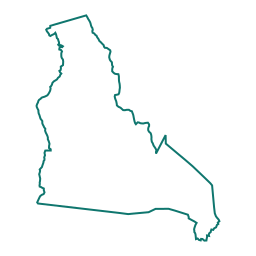 the district of Ibipeba, Bahia, Brazil
{"feature_id": "56859067B8671900633841", "entity_name": "Ibipeba", "entity_type": "district", "adm_level": 2, "iso_a3": "BRA", "parent_name": "Brazil", "parent_adm1": "Bahia", "projection": "orthographic", "projection_center": [-42.197, -11.534], "detail": "fine", "context": "isolated", "style": "outline", "palette": "teal", "viewbox_px": 256, "rotation_deg": 0, "n_neighbors": 0, "source": "geoboundaries", "source_scale": "gbopen_adm2", "svg_char_len": 3560}
<svg xmlns="http://www.w3.org/2000/svg" viewBox="0 0 256 256"><path d="M196.0,239.1L197.6,238.5L198.9,239.9L200.7,240.4L201.1,238.9L202.5,239.0L204.3,240.6L206.4,240.5L206.7,238.7L207.1,236.8L207.0,235.5L209.0,235.9L208.7,234.8L209.2,233.3L210.7,232.1L210.9,230.9L211.4,229.5L213.2,229.9L214.2,228.3L216.1,227.3L216.9,225.0L218.3,224.0L217.8,222.6L219.4,221.2L218.7,219.7L217.9,218.7L216.9,217.6L215.9,216.2L215.3,214.6L214.8,213.3L214.1,207.4L212.1,185.4L210.3,183.2L204.1,177.2L193.0,166.6L192.1,165.8L185.0,159.7L178.4,154.2L165.8,143.6L165.6,135.1L156.0,153.6L156.0,151.9L156.4,150.2L155.5,148.4L154.5,146.9L153.6,145.6L152.8,143.4L151.8,141.7L151.4,139.2L151.5,137.2L151.3,135.4L151.0,134.1L150.5,133.0L148.9,131.6L148.2,130.1L148.2,128.6L148.5,127.2L149.1,126.1L149.1,124.4L147.9,122.7L145.9,122.9L144.8,123.1L143.3,123.5L141.7,123.4L140.3,123.2L139.2,122.6L137.8,122.3L136.9,123.1L135.9,124.2L135.2,123.3L134.6,121.6L134.1,119.4L133.7,117.4L133.4,115.7L133.1,114.5L132.4,112.7L131.9,111.3L130.3,110.8L128.9,109.8L126.8,109.8L124.9,110.2L123.1,110.1L121.7,108.8L120.5,107.7L118.5,106.8L116.9,105.4L116.7,103.6L116.2,101.2L115.5,99.5L115.0,98.0L114.7,96.4L115.1,95.0L117.0,94.7L118.5,94.3L119.2,92.8L119.4,91.5L119.6,89.6L119.9,87.8L119.8,85.7L119.6,83.8L119.2,82.1L119.0,80.9L118.9,78.7L118.9,76.6L118.7,75.4L118.4,74.2L116.0,74.0L114.6,73.6L113.3,72.5L112.2,71.3L112.2,69.4L112.4,67.9L113.0,66.8L112.2,65.5L112.0,64.2L111.9,62.3L110.7,61.0L109.9,59.8L109.5,58.4L109.2,57.2L109.4,55.4L110.0,53.3L110.5,51.7L110.2,50.3L108.4,49.0L106.8,47.9L104.9,47.8L104.0,46.7L103.7,45.2L102.5,44.0L101.6,43.1L100.7,42.1L99.4,41.0L98.4,38.9L97.2,37.3L96.5,35.6L95.5,35.1L94.3,33.5L92.6,32.7L92.3,31.0L92.8,29.9L92.3,27.9L91.5,26.8L91.0,25.4L90.6,23.7L90.1,22.2L89.0,20.2L88.2,19.0L87.3,17.2L86.2,15.4L50.3,25.8L50.2,27.8L48.4,28.4L47.1,28.7L46.2,29.7L46.9,31.3L48.1,32.8L49.0,34.1L49.3,35.4L50.4,36.0L51.8,35.1L53.1,34.5L54.3,33.9L55.3,32.8L56.0,34.2L56.4,35.8L56.9,38.1L58.0,39.1L58.5,41.0L59.0,42.2L59.1,43.5L58.2,44.7L59.0,45.6L60.5,45.1L61.6,45.5L62.9,46.3L62.1,47.2L60.4,46.9L59.4,48.1L59.3,49.5L61.0,50.0L62.0,51.4L61.3,53.2L61.3,55.3L61.4,56.9L61.9,58.2L62.9,59.5L63.2,61.4L63.1,63.5L63.0,65.1L61.9,65.9L60.8,66.6L60.9,68.8L60.5,70.2L59.4,70.9L60.1,72.4L61.3,73.6L60.3,74.8L59.7,76.5L58.0,77.8L57.0,79.4L55.6,80.3L53.9,81.3L52.4,82.9L52.0,84.5L51.1,86.1L50.2,86.9L50.6,88.6L50.1,90.8L49.1,92.8L48.3,94.1L47.4,95.3L46.3,95.9L44.6,96.7L42.9,97.2L41.6,97.7L40.6,98.8L39.1,99.8L38.3,101.1L38.0,102.4L37.2,103.9L36.6,105.6L36.7,106.8L37.6,108.8L38.4,110.3L38.4,111.6L38.7,113.5L39.4,115.0L39.9,116.7L40.5,118.7L41.3,119.7L42.3,121.1L42.3,123.2L42.8,124.6L43.5,125.8L44.2,127.4L45.3,128.7L45.1,130.7L45.8,132.7L46.7,134.4L47.5,136.2L47.9,137.7L47.8,139.2L48.6,140.9L49.1,142.4L49.5,143.9L49.1,145.8L49.0,148.0L50.7,149.3L50.7,150.5L48.7,150.5L47.0,150.5L45.3,150.6L44.5,152.9L45.0,155.2L44.2,157.4L44.5,158.8L44.4,160.1L43.6,161.1L43.4,162.7L42.6,164.9L41.9,167.1L40.6,168.5L39.7,169.5L40.1,170.8L39.8,172.3L39.2,174.2L39.6,175.9L39.9,177.3L40.2,178.5L40.1,179.8L40.0,181.1L39.7,182.4L39.8,184.1L39.5,185.2L39.7,186.6L40.9,187.0L42.0,187.7L43.8,188.5L43.8,190.2L44.5,192.4L43.6,194.1L41.9,194.8L40.4,195.9L39.6,197.2L38.8,198.9L38.1,200.4L37.2,202.4L38.0,203.5L119.7,213.0L128.2,214.1L133.2,213.6L148.6,212.2L155.5,208.9L168.6,208.8L174.9,210.6L187.9,214.7L188.7,217.0L188.7,218.4L192.2,220.3L194.3,221.4L196.6,222.9L195.5,224.8L194.5,227.7L194.1,229.2L194.3,230.7L194.4,232.2L195.1,233.1L195.5,234.4L196.0,239.1Z" fill="none" stroke="#0f766e" stroke-width="2"/></svg>